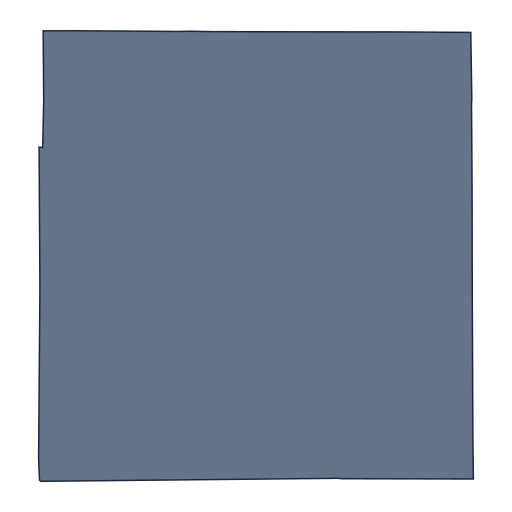 the district of Crook, Wyoming, United States of America
{"feature_id": "52423323B12939098407835", "entity_name": "Crook", "entity_type": "district", "adm_level": 2, "iso_a3": "USA", "parent_name": "United States of America", "parent_adm1": "Wyoming", "projection": "equal_earth", "projection_center": [-104.544, 44.588], "detail": "fine", "context": "isolated", "style": "filled", "palette": "slate", "viewbox_px": 512, "rotation_deg": 0, "n_neighbors": 0, "source": "geoboundaries", "source_scale": "gbopen_adm2", "svg_char_len": 534}
<svg xmlns="http://www.w3.org/2000/svg" viewBox="0 0 512 512"><path d="M43.2,30.8L43.7,101.2L42.7,147.5L39.1,147.1L39.9,288.7L38.6,459.1L39.5,480.2L40.7,481.3L337.9,478.3L341.0,478.7L473.4,479.0L472.9,440.8L472.3,294.1L472.3,280.1L472.2,265.0L472.1,199.2L472.0,197.9L472.1,194.3L472.0,181.7L471.9,157.4L471.5,103.4L471.8,99.1L470.8,32.4L390.1,31.9L297.7,31.8L216.4,31.6L215.9,31.7L190.2,31.2L176.1,31.5L173.9,31.4L67.7,30.7L67.2,30.8L64.7,30.8L59.3,30.8L59.2,30.8L43.2,30.8Z" fill="#64748b" stroke="#1e293b" stroke-width="1.5"/></svg>